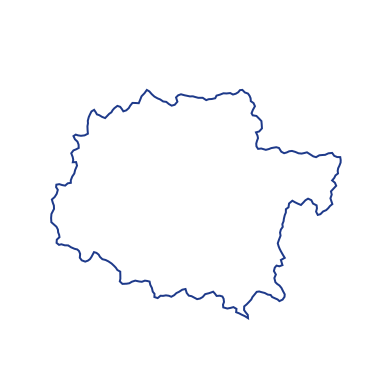 Piranga, Minas Gerais, Brazil (Mercator projection), rotated 28°
{"feature_id": "56859067B92965867058108", "entity_name": "Piranga", "entity_type": "district", "adm_level": 2, "iso_a3": "BRA", "parent_name": "Brazil", "parent_adm1": "Minas Gerais", "projection": "mercator", "projection_center": [-43.286, -20.626], "detail": "fine", "context": "isolated", "style": "outline", "palette": "blue", "viewbox_px": 384, "rotation_deg": 28, "n_neighbors": 0, "source": "geoboundaries", "source_scale": "gbopen_adm2", "svg_char_len": 4122}
<svg xmlns="http://www.w3.org/2000/svg" viewBox="0 0 384 384"><g transform="rotate(28 192 192)"><path d="M78.1,271.7L78.2,277.4L79.8,281.1L82.0,284.7L85.3,285.5L88.6,286.3L91.2,288.1L92.8,290.5L94.7,292.1L96.2,294.1L95.0,297.5L96.3,300.5L99.4,301.1L101.2,299.5L104.7,298.8L107.7,297.3L111.1,297.6L114.9,297.3L117.7,296.6L120.0,297.2L122.3,299.2L123.8,302.7L126.7,304.1L130.4,303.6L132.3,301.5L133.4,299.2L133.7,296.5L133.7,291.1L136.2,290.6L139.0,291.1L141.2,292.5L144.4,293.4L147.6,292.6L150.8,292.5L154.6,292.9L157.9,293.8L160.3,294.6L162.7,295.9L166.0,296.0L168.0,299.5L169.5,302.3L170.2,304.8L173.7,305.8L177.4,303.6L179.5,302.0L181.0,299.5L183.5,296.9L187.4,295.8L189.9,294.8L192.0,292.4L194.2,291.6L196.6,291.0L198.7,293.5L201.7,295.6L204.1,298.4L206.7,299.5L208.1,302.4L211.5,301.8L212.9,298.4L215.2,297.3L217.5,295.5L220.2,294.5L222.9,294.2L224.7,291.5L225.7,288.5L227.3,286.4L229.3,282.8L231.8,280.7L234.7,283.6L237.8,285.0L240.5,284.2L243.6,284.2L246.8,284.2L249.1,282.3L250.7,279.8L251.6,276.0L254.7,273.2L257.5,270.1L259.8,270.9L262.5,272.2L265.3,270.5L267.9,270.0L270.0,271.4L271.9,274.1L272.3,277.0L273.8,279.2L277.9,278.3L280.6,276.1L282.6,274.2L286.1,274.3L287.4,277.4L290.6,277.0L293.3,277.0L296.9,276.8L300.7,277.1L298.9,274.3L296.0,273.1L293.4,271.8L291.8,268.5L293.0,265.6L293.9,262.5L294.8,259.1L294.7,256.4L295.4,253.0L296.0,249.8L298.0,248.3L300.4,247.8L303.6,247.0L307.1,247.0L309.8,246.0L312.0,247.1L315.4,246.9L318.0,246.7L320.4,247.3L322.5,244.5L322.9,241.1L321.9,238.8L318.9,236.8L316.0,234.7L313.1,233.5L310.4,233.2L308.0,232.5L305.1,229.3L304.8,225.5L301.4,223.3L300.6,219.9L301.2,217.3L304.0,216.6L306.2,214.1L304.3,212.2L302.4,210.3L304.8,206.6L301.6,204.7L298.3,202.6L295.9,200.9L293.9,199.2L291.8,197.0L291.2,193.3L290.7,189.0L288.8,186.5L288.1,183.4L288.5,180.2L286.9,178.0L286.6,174.9L285.7,172.5L284.8,169.0L284.5,166.1L283.0,163.1L284.4,160.2L283.1,156.6L284.7,152.6L287.6,152.7L290.9,152.6L294.3,152.3L295.3,148.9L296.0,146.1L297.6,143.4L301.2,143.2L304.3,145.4L308.3,145.3L310.0,147.8L310.8,151.1L313.8,153.2L315.8,151.3L316.9,147.6L319.0,145.0L319.9,142.3L320.4,139.6L321.6,136.8L319.3,134.6L317.2,132.6L316.6,128.7L314.4,126.2L315.4,122.5L316.4,118.8L313.8,116.7L310.3,116.0L311.0,112.8L310.9,110.0L312.2,107.1L310.7,104.9L309.9,102.4L309.8,99.6L309.4,96.3L308.3,94.0L306.5,91.6L303.8,93.0L300.6,93.3L297.4,91.7L294.3,93.8L292.1,96.7L289.8,98.1L287.2,99.8L285.2,103.0L282.4,103.6L278.9,103.3L274.9,103.0L272.7,105.0L270.8,106.6L267.9,107.8L264.4,108.1L261.0,108.8L258.7,110.4L257.0,112.7L255.1,114.5L251.9,114.5L248.1,112.3L245.4,112.9L243.3,114.5L241.4,116.0L239.8,117.9L237.4,120.1L232.7,121.1L230.1,122.9L227.5,121.5L226.0,119.1L225.4,116.5L225.0,113.5L223.4,111.5L220.5,109.3L222.9,107.0L223.9,103.0L221.7,99.4L220.0,96.8L217.4,95.9L213.2,94.6L209.6,95.8L207.6,94.5L207.2,90.8L207.3,86.7L204.6,84.6L201.3,84.2L199.7,81.7L197.6,80.0L195.2,78.8L191.9,79.3L188.5,78.2L186.5,79.6L186.0,82.2L184.5,84.7L182.4,86.7L179.3,86.7L176.2,88.8L173.4,90.1L171.0,92.9L168.4,95.4L168.5,98.3L165.8,100.6L163.2,102.2L161.4,104.2L157.2,103.8L153.3,105.9L150.3,106.6L147.9,107.1L145.2,108.6L142.7,109.3L140.0,110.1L136.4,110.9L134.4,113.1L133.5,116.0L136.7,119.1L135.8,123.1L133.5,125.3L130.4,125.2L127.0,124.5L124.0,125.6L120.5,125.2L117.7,125.5L114.0,125.4L110.5,124.5L107.1,123.2L104.2,123.1L103.7,127.0L102.5,131.2L102.9,134.5L103.3,138.6L100.2,140.0L97.6,141.3L96.9,144.8L96.8,147.6L95.6,150.8L93.5,153.0L91.0,151.6L88.6,150.5L85.7,151.0L84.1,154.5L83.5,157.0L83.4,159.5L82.2,161.8L81.4,164.7L80.6,167.5L77.4,167.9L74.1,167.7L71.6,168.1L69.6,166.8L67.0,165.4L65.4,168.1L65.5,171.5L65.7,174.4L66.6,178.1L67.9,180.2L68.8,183.0L70.6,186.1L72.7,189.4L70.6,192.4L67.6,194.5L64.8,195.5L62.4,195.9L61.1,198.3L63.9,200.4L67.2,201.3L69.6,203.4L71.3,206.3L69.6,208.8L67.8,210.9L67.2,214.5L70.2,217.1L72.0,219.3L72.8,221.7L75.6,220.0L78.1,222.7L78.5,227.5L79.4,230.9L79.0,234.6L79.5,238.6L80.7,240.8L78.2,242.7L77.0,245.9L74.2,246.8L71.1,247.4L68.8,249.2L69.7,251.5L72.5,253.1L73.4,257.1L73.1,260.9L71.8,264.4L74.0,266.7L76.4,268.8L78.1,271.7Z" fill="none" stroke="#1e3a8a" stroke-width="2"/></g></svg>